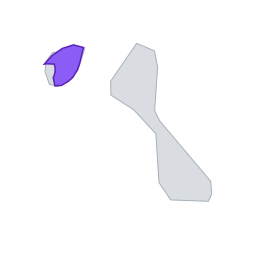 Saint-Pierre highlighted on a map of Saint Pierre and Miquelon, rotated 157°
{"feature_id": "SPM-4866", "entity_name": "Saint-Pierre", "entity_type": "Commune", "adm_level": 1, "iso_a3": "SPM", "parent_name": "Saint Pierre and Miquelon", "parent_adm1": "", "projection": "equal_earth", "projection_center": [-56.176, 46.782], "detail": "fine", "context": "in_parent", "style": "filled", "palette": "violet", "viewbox_px": 256, "rotation_deg": 157, "n_neighbors": 0, "source": "natural_earth", "source_scale": "10m", "svg_char_len": 725}
<svg xmlns="http://www.w3.org/2000/svg" viewBox="0 0 256 256"><g transform="rotate(157 128 128)"><path d="M125.7,177.9L87.0,202.5L73.5,188.7L76.9,172.6L96.7,133.6L96.1,122.3L72.7,46.8L76.7,34.5L82.6,29.1L116.8,45.1L120.8,65.6L104.6,111.9L115.7,142.7L130.9,165.0L125.7,177.9ZM177.3,221.4L168.0,226.9L136.3,218.6L151.4,200.9L162.1,195.7L176.5,193.5L183.3,199.0L182.4,212.1L177.3,221.4Z" fill="#d9dde1" stroke="#a8b0b8" stroke-width="1"/><path d="M177.2,203.5L174.8,206.0L172.9,208.8L171.5,212.0L170.9,215.6L177.6,218.8L180.0,219.5L169.6,224.3L157.3,226.9L145.7,225.8L137.6,219.5L147.1,206.6L152.1,201.1L159.1,196.1L164.2,194.4L172.6,193.2L178.8,195.4L177.2,203.5Z" fill="#8b5cf6" stroke="#5b21b6" stroke-width="1.5"/></g></svg>